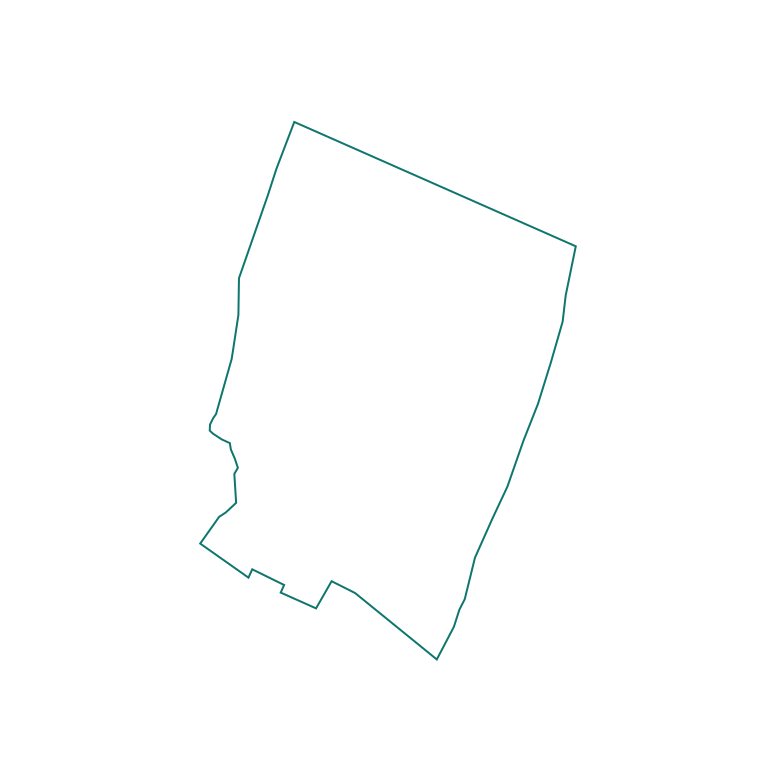 the district of Teava, Tuvalu, rotated 250°
{"feature_id": "33948139B9471758072571", "entity_name": "Teava", "entity_type": "district", "adm_level": 2, "iso_a3": "TUV", "parent_name": "Tuvalu", "parent_adm1": "", "projection": "mercator", "projection_center": [177.337, -6.111], "detail": "fine", "context": "isolated", "style": "outline", "palette": "teal", "viewbox_px": 768, "rotation_deg": 250, "n_neighbors": 0, "source": "geoboundaries", "source_scale": "gbopen_adm2", "svg_char_len": 718}
<svg xmlns="http://www.w3.org/2000/svg" viewBox="0 0 768 768"><g transform="rotate(250 384 384)"><path d="M107.1,339.4L132.0,366.7L146.1,377.6L154.2,386.3L189.7,410.1L220.5,439.9L245.4,464.9L283.2,495.8L297.4,508.4L312.8,522.0L347.2,548.2L381.5,573.2L405.2,585.1L447.8,611.3L660.9,389.3L623.0,356.5L601.7,339.9L576.8,319.6L552.0,299.4L533.0,283.9L498.7,270.8L466.1,253.0L459.6,249.4L413.2,215.9L410.5,212.0L405.5,206.7L399.8,204.3L395.7,206.4L387.4,212.6L381.2,218.9L374.7,217.7L364.9,218.3L355.2,218.0L350.7,212.6L322.9,204.4L317.3,191.1L315.6,183.7L296.9,156.7L248.4,190.4L254.9,196.8L229.3,221.4L223.3,215.6L196.4,243.4L216.6,267.3L197.5,285.3L107.1,339.4Z" fill="none" stroke="#0f766e" stroke-width="2"/></g></svg>